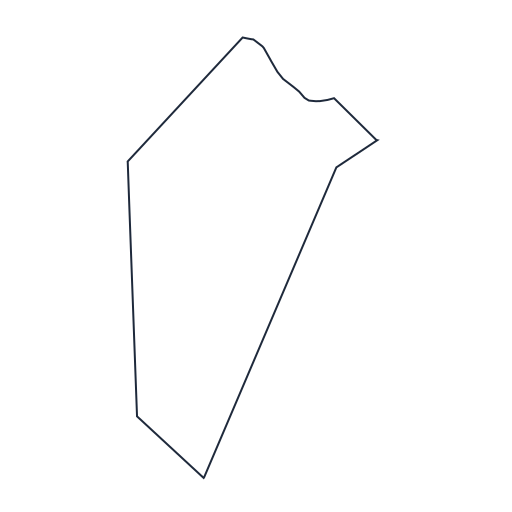 Olibo, Laborie, Saint Lucia (Mercator projection), rotated 87°
{"feature_id": "8701671B22058673565731", "entity_name": "Olibo", "entity_type": "district", "adm_level": 2, "iso_a3": "LCA", "parent_name": "Saint Lucia", "parent_adm1": "Laborie", "projection": "mercator", "projection_center": [-61.001, 13.777], "detail": "fine", "context": "isolated", "style": "outline", "palette": "slate", "viewbox_px": 512, "rotation_deg": 87, "n_neighbors": 0, "source": "geoboundaries", "source_scale": "gbopen_adm2", "svg_char_len": 511}
<svg xmlns="http://www.w3.org/2000/svg" viewBox="0 0 512 512"><g transform="rotate(87 256 256)"><path d="M37.1,257.9L154.9,379.2L157.1,379.2L198.8,379.9L409.9,383.2L474.9,319.9L474.3,319.4L171.7,171.1L146.7,128.8L146.4,129.8L102.5,169.8L103.9,176.4L104.7,184.3L104.5,188.5L103.8,193.4L103.5,195.1L100.6,199.3L94.2,204.2L89.5,209.3L80.6,219.7L73.9,224.5L73.2,225.0L61.7,230.9L60.8,231.3L48.7,237.3L47.0,238.6L39.6,247.3L39.2,249.6L38.2,253.7L37.1,257.9Z" fill="none" stroke="#1e293b" stroke-width="2"/></g></svg>